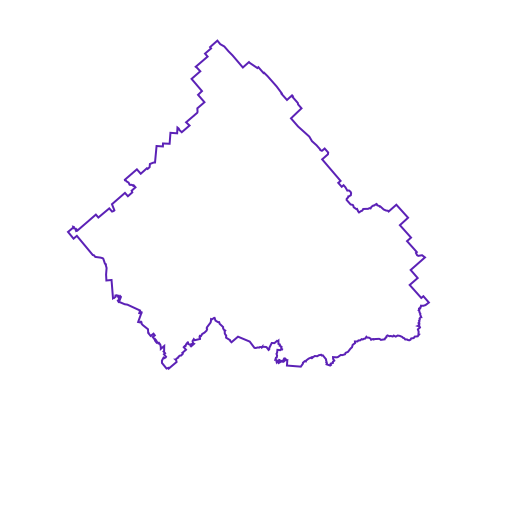 Maranoa, Queensland, Australia, rotated 132°
{"feature_id": "25037944B80919931419893", "entity_name": "Maranoa", "entity_type": "district", "adm_level": 2, "iso_a3": "AUS", "parent_name": "Australia", "parent_adm1": "Queensland", "projection": "albers", "projection_center": [148.678, -26.394], "detail": "fine", "context": "isolated", "style": "outline", "palette": "violet", "viewbox_px": 512, "rotation_deg": 132, "n_neighbors": 0, "source": "geoboundaries", "source_scale": "gbopen_adm2", "svg_char_len": 6118}
<svg xmlns="http://www.w3.org/2000/svg" viewBox="0 0 512 512"><g transform="rotate(132 256 256)"><path d="M363.9,411.8L365.2,403.2L360.9,402.6L364.5,377.9L363.9,377.0L364.2,374.8L361.2,370.4L360.2,368.4L360.3,367.5L362.8,363.1L362.6,362.0L363.3,361.5L364.9,359.0L370.1,355.0L374.3,350.8L370.5,347.3L383.1,334.0L382.6,333.9L382.3,333.4L380.2,333.1L379.4,334.0L378.3,333.2L378.3,332.5L377.7,331.8L378.6,331.2L378.9,330.3L378.3,330.2L378.0,330.9L377.6,330.0L376.7,330.1L376.8,329.0L380.0,327.8L380.2,328.1L379.8,328.3L380.0,328.6L381.6,328.8L382.1,327.1L381.5,326.5L379.7,321.3L378.2,319.0L374.1,305.7L376.5,304.5L376.1,304.0L375.5,304.2L374.9,303.2L374.5,303.6L374.4,303.3L383.9,299.4L383.0,297.8L381.8,297.6L381.8,296.9L382.9,295.6L383.1,294.0L382.7,287.3L384.9,285.0L385.0,284.5L385.3,284.5L385.9,280.8L382.3,280.2L382.7,278.1L385.3,278.5L385.8,275.7L385.3,275.6L385.5,273.9L386.5,274.1L386.9,271.9L386.1,271.8L386.3,270.1L385.5,270.0L385.9,267.9L387.3,265.9L388.7,264.6L384.3,264.0L388.1,260.7L388.8,260.8L389.1,258.5L390.6,258.7L391.1,255.4L391.9,255.3L393.3,255.8L393.4,256.7L396.7,255.9L398.4,254.3L399.5,247.2L397.7,246.2L398.0,245.5L387.9,244.1L386.8,245.7L386.8,246.5L386.5,246.2L385.4,246.4L383.5,245.8L383.3,246.1L382.3,246.2L380.7,245.8L380.2,245.1L378.0,244.9L377.2,245.3L377.2,245.9L372.5,245.3L372.1,248.7L370.5,248.7L370.1,248.1L368.6,248.8L365.9,249.0L365.7,248.7L366.7,247.5L366.2,245.9L364.8,245.1L366.6,244.3L366.6,243.8L362.7,243.3L362.9,244.4L361.7,246.2L359.4,246.6L359.6,245.2L355.1,242.1L354.4,242.7L354.0,243.8L352.9,244.3L352.3,243.3L350.0,243.8L347.4,243.0L344.6,242.8L343.0,243.4L342.9,244.0L342.0,244.7L336.2,245.2L335.2,245.5L332.9,247.2L332.5,246.3L330.0,245.7L329.7,245.4L331.1,242.9L330.6,240.1L329.8,239.1L330.7,237.7L330.8,232.9L331.7,232.1L332.3,230.6L332.0,229.0L332.9,228.9L334.4,227.4L334.9,226.3L335.0,225.0L336.7,223.6L335.9,219.0L336.4,218.2L336.5,216.5L328.0,215.4L323.8,203.4L325.3,195.7L324.5,194.6L322.8,193.5L321.9,192.3L321.1,192.2L319.7,190.6L319.3,190.6L319.7,190.3L318.7,190.0L317.0,187.8L316.7,187.2L317.4,183.8L316.5,183.7L315.4,184.6L310.1,186.1L308.4,184.0L305.0,183.6L304.8,182.8L303.9,182.7L306.3,180.5L305.8,179.1L306.8,178.4L306.4,177.7L306.8,176.8L306.5,176.2L307.9,175.2L307.8,174.2L308.2,174.1L308.9,175.0L309.8,175.0L311.4,177.3L313.8,175.6L315.0,175.3L315.8,173.8L317.5,172.7L318.3,173.1L320.0,172.3L319.7,172.1L319.8,171.4L320.9,169.8L319.5,170.1L319.2,169.1L320.4,168.1L320.5,167.6L318.9,167.1L318.4,168.6L317.7,169.2L317.5,168.9L318.1,167.7L315.5,165.8L315.7,165.5L316.8,165.6L316.2,164.8L313.4,164.5L313.1,165.0L313.7,166.4L313.2,166.5L312.7,165.9L312.9,163.3L312.5,163.0L316.7,159.7L307.8,148.1L307.9,148.7L304.6,149.1L303.9,149.7L301.5,149.4L301.0,148.4L300.1,148.8L297.0,148.2L295.0,147.3L294.6,146.1L294.0,146.0L293.6,146.6L292.6,145.8L291.0,145.4L289.5,143.4L287.7,142.9L285.8,141.5L286.0,140.6L285.1,139.9L285.9,134.8L286.6,134.2L287.2,133.0L288.0,132.7L288.1,131.6L289.3,131.1L287.8,127.6L286.9,127.4L286.7,128.2L286.0,128.5L284.0,127.3L283.1,128.1L281.4,127.8L280.9,129.8L279.6,131.1L277.2,128.1L276.2,127.5L272.8,126.8L272.0,125.6L269.5,124.1L268.0,124.6L265.7,123.5L261.7,123.8L259.6,123.6L257.3,124.7L254.4,124.1L253.3,125.3L251.6,123.4L250.2,123.4L249.1,122.2L247.0,121.8L246.6,120.8L245.5,120.5L244.3,119.6L242.2,119.9L242.3,118.9L241.1,117.4L240.9,116.4L240.7,115.6L241.2,114.4L239.7,113.7L239.1,113.1L239.2,112.6L238.3,112.2L235.5,109.4L234.9,108.6L234.8,107.1L231.8,104.6L231.1,105.0L229.2,104.7L228.6,105.3L227.1,105.2L226.2,103.0L225.3,102.4L224.3,100.5L223.0,100.4L222.4,98.2L220.3,97.5L219.1,95.6L218.3,93.1L218.4,91.8L217.9,90.8L218.2,89.3L217.0,88.0L216.8,86.9L216.1,85.7L214.9,85.2L213.4,85.5L211.5,83.9L209.7,84.1L207.5,82.1L205.2,82.3L205.5,82.9L203.5,84.4L202.2,86.6L199.4,86.3L199.0,87.2L199.7,88.9L198.6,88.4L198.0,89.1L197.7,88.8L196.8,89.5L196.9,90.4L195.8,90.5L195.0,91.0L195.0,91.5L193.6,91.8L193.0,92.6L191.3,92.7L190.9,92.3L189.6,94.9L188.8,95.4L188.6,96.6L187.5,97.9L187.5,98.8L186.3,98.9L186.5,99.1L186.0,99.7L184.4,99.3L184.1,99.6L183.2,99.5L182.5,100.1L181.1,98.4L179.1,97.2L174.9,96.4L173.9,104.7L176.6,105.1L174.7,122.4L164.2,121.1L162.9,131.7L144.0,129.5L144.3,133.1L147.3,135.5L147.6,136.8L146.7,139.2L145.5,139.1L143.9,153.7L138.6,153.1L136.8,169.7L125.8,168.6L124.0,186.0L134.2,187.2L134.1,188.2L135.2,189.8L136.0,192.2L136.0,196.8L136.5,197.1L136.3,197.7L137.2,199.9L136.7,200.7L136.7,201.3L139.7,202.1L140.0,202.6L142.1,203.1L144.0,202.7L144.5,203.7L146.0,204.3L148.9,207.4L149.7,207.8L150.2,207.5L151.6,207.5L152.3,208.0L154.7,208.6L154.5,209.9L153.4,212.4L154.0,212.8L154.4,216.0L153.4,217.6L153.3,218.3L154.4,220.2L153.7,226.2L152.7,226.9L150.8,226.7L150.0,227.3L149.3,226.8L147.4,226.2L145.6,227.4L145.0,228.8L145.1,230.8L146.3,231.9L145.1,235.6L144.8,238.3L147.2,238.6L146.6,243.8L143.6,243.4L139.9,271.5L132.3,270.6L130.8,271.6L130.2,276.9L133.5,277.3L133.9,277.7L134.2,279.3L133.8,280.1L133.2,285.1L133.2,291.3L131.6,296.3L131.6,311.4L130.3,322.1L115.8,321.0L115.2,326.1L114.3,327.3L113.3,335.7L112.6,335.6L112.5,336.7L119.3,337.4L118.4,345.6L117.9,345.6L116.2,354.1L114.6,368.0L114.4,372.7L115.0,372.8L114.1,380.6L115.4,380.7L116.7,390.0L116.6,391.0L124.7,391.9L122.6,407.8L122.3,413.3L121.5,419.8L122.5,424.3L121.8,428.8L131.5,429.9L131.8,428.3L139.7,429.3L140.2,425.4L155.7,427.4L155.6,425.8L156.0,421.0L167.5,422.4L169.6,406.5L175.0,406.9L176.2,397.2L185.5,398.4L188.0,395.9L188.9,395.5L203.4,397.4L203.5,392.7L213.7,394.0L213.6,397.6L213.0,398.6L213.1,400.3L217.6,396.7L221.7,402.0L230.4,395.3L234.6,400.4L236.9,398.5L240.8,403.5L254.1,393.6L255.2,394.7L258.6,396.4L261.2,394.5L263.8,394.8L263.8,395.8L272.0,396.7L271.3,402.5L287.1,404.5L287.4,404.1L286.9,403.5L287.2,402.2L286.7,399.8L287.6,397.7L287.4,397.1L286.6,396.5L286.1,395.5L286.0,394.1L285.3,394.1L285.6,391.5L290.7,392.1L291.5,390.5L297.3,391.2L296.8,395.6L313.9,397.7L316.8,391.8L317.8,391.9L319.3,392.7L318.8,396.9L332.9,398.9L332.4,402.7L357.0,405.8L357.4,406.1L356.8,406.3L356.4,407.1L357.1,407.5L356.4,408.3L357.2,409.6L356.3,410.8L356.6,411.4L357.0,410.8L363.9,411.8Z" fill="none" stroke="#5b21b6" stroke-width="2"/></g></svg>